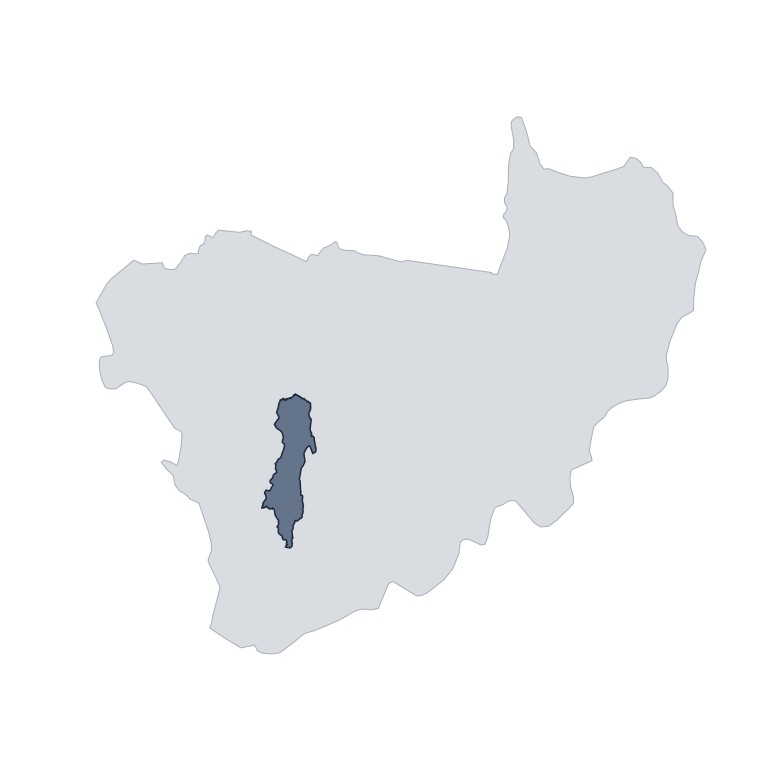 location of Namentenga, Namentenga, Burkina Faso, rotated 189°
{"feature_id": "67063806B10845212636131", "entity_name": "Namentenga", "entity_type": "district", "adm_level": 2, "iso_a3": "BFA", "parent_name": "Burkina Faso", "parent_adm1": "Namentenga", "projection": "equal_earth", "projection_center": [-0.49, 13.239], "detail": "fine", "context": "in_parent", "style": "filled", "palette": "slate", "viewbox_px": 768, "rotation_deg": 189, "n_neighbors": 0, "source": "geoboundaries", "source_scale": "gbopen_adm2", "svg_char_len": 9077}
<svg xmlns="http://www.w3.org/2000/svg" viewBox="0 0 768 768"><g transform="rotate(189 384 384)"><path d="M569.6,510.2L550.3,511.2L543.2,514.0L539.0,514.0L538.8,511.7L538.3,510.3L513.9,502.5L496.8,497.8L479.5,492.6L478.5,497.5L476.0,500.6L472.3,500.8L469.7,500.1L467.9,503.8L465.1,508.7L461.1,511.1L457.1,514.2L454.9,516.8L453.3,516.9L449.3,510.6L444.1,510.0L434.2,511.0L429.8,509.3L423.7,508.5L409.4,509.8L386.6,507.2L382.9,508.6L381.9,509.7L359.3,510.0L334.4,510.4L313.6,510.6L295.4,510.9L295.4,509.8L289.5,509.7L288.9,511.8L283.6,537.0L283.0,550.7L285.8,559.2L288.8,564.6L292.3,566.9L292.6,570.0L289.9,573.9L290.1,578.0L293.3,582.1L294.1,586.5L292.4,591.1L292.8,602.2L295.2,619.8L295.2,631.2L292.9,636.4L294.0,645.2L298.5,657.8L299.2,663.1L297.6,665.6L293.9,668.9L290.1,668.8L285.7,661.2L283.8,657.7L280.3,650.0L277.3,642.3L273.2,638.9L269.2,635.7L264.4,625.9L259.6,621.2L254.7,622.5L247.4,620.7L232.8,618.3L217.0,619.0L210.5,621.3L204.0,624.8L187.6,632.7L181.1,636.6L176.2,646.5L170.6,646.3L165.0,643.1L161.6,638.6L154.1,639.6L146.9,635.3L140.0,626.7L134.9,623.9L128.3,617.7L126.6,605.9L122.5,597.6L118.7,586.2L113.1,581.0L106.6,578.3L97.5,578.8L91.6,574.2L87.0,567.5L88.3,561.7L90.4,553.5L90.7,545.5L92.2,532.6L91.4,516.5L89.8,505.2L94.8,500.5L100.6,496.3L104.2,488.7L108.1,471.5L109.7,456.7L108.6,451.2L106.7,446.9L105.2,440.5L104.4,432.7L105.5,425.9L109.9,419.6L115.4,414.3L119.2,411.8L129.5,409.2L142.4,405.3L149.8,400.9L155.2,396.4L158.2,392.9L161.3,385.7L166.3,380.1L170.2,374.5L170.8,358.8L170.8,349.9L168.0,345.0L166.5,340.8L185.5,328.5L185.7,319.9L183.1,310.3L179.4,302.5L178.1,295.8L183.4,287.9L188.1,282.0L191.5,277.0L199.0,269.3L206.8,267.3L213.8,270.2L234.4,288.2L238.0,289.4L242.4,288.0L247.9,283.3L255.0,279.5L257.6,267.5L257.5,249.7L259.1,241.6L262.9,240.1L274.8,243.5L277.9,243.7L281.3,242.6L283.9,239.4L283.8,233.7L283.3,228.7L287.2,212.2L294.3,199.8L308.7,184.4L313.2,181.3L318.4,179.7L344.1,190.3L348.2,187.7L354.6,161.4L361.5,158.9L369.9,158.4L375.3,156.2L378.1,154.4L390.4,144.4L411.9,130.8L423.5,125.0L425.8,122.8L434.1,113.2L445.1,102.1L452.1,99.9L461.7,99.1L467.8,100.9L469.5,104.1L471.5,105.7L484.1,101.0L502.2,108.4L517.9,115.8L516.9,120.4L516.8,128.7L515.5,141.7L514.0,157.3L520.4,167.4L528.2,178.3L530.3,182.6L528.3,193.3L529.7,199.6L533.8,210.0L540.8,223.3L548.0,237.0L552.9,238.8L557.7,239.9L560.5,242.4L564.7,244.8L568.9,246.3L572.5,249.3L574.9,252.3L577.9,260.7L586.0,266.3L591.6,271.8L589.4,274.6L582.3,273.5L575.7,271.1L574.9,275.1L574.6,290.6L575.7,303.6L577.2,305.3L583.9,307.7L599.8,324.5L614.2,340.4L619.0,344.5L627.0,346.1L635.9,346.7L639.7,345.2L648.3,337.2L652.9,336.4L657.1,336.6L659.4,337.9L663.6,344.4L667.5,354.3L668.6,361.6L668.2,365.5L666.9,366.9L659.9,368.8L656.8,370.3L656.1,372.4L657.2,377.3L658.6,380.5L666.3,394.8L677.6,414.0L681.0,418.9L679.1,424.7L673.4,439.7L669.2,446.0L650.5,467.2L641.3,464.7L622.0,469.0L619.1,464.1L614.6,463.5L609.0,464.3L607.0,466.2L606.3,468.3L604.4,471.2L600.8,479.7L598.0,481.8L594.6,483.1L590.4,482.9L587.9,484.0L587.9,488.2L587.2,491.9L584.3,493.7L583.2,497.8L583.4,501.8L581.7,503.6L578.1,502.6L575.9,501.5L573.9,506.7L571.4,510.2L569.6,510.2Z" fill="#d9dde1" stroke="#a8b0b8" stroke-width="1"/><path d="M484.3,256.6L483.5,255.8L483.2,254.8L482.6,253.7L482.5,253.4L482.6,252.3L482.5,251.8L482.6,251.5L482.8,251.3L483.1,251.1L483.6,250.5L483.8,249.8L484.4,248.7L484.4,248.0L484.8,247.4L484.9,247.0L484.8,246.9L484.9,246.6L484.8,246.0L484.6,245.7L484.4,245.1L484.9,244.4L484.9,244.0L485.3,243.2L485.3,242.7L485.2,242.4L484.8,242.4L484.4,242.7L483.4,243.0L482.0,243.6L481.5,244.2L481.1,244.9L480.9,245.0L480.5,244.7L480.2,244.1L479.4,243.8L479.1,243.3L477.9,243.4L477.5,242.8L477.0,242.5L476.0,243.1L475.6,243.5L475.4,243.6L474.7,243.3L474.6,244.0L473.4,243.5L473.0,242.9L472.3,241.7L471.7,239.7L471.5,238.6L470.7,236.9L469.7,236.0L469.1,235.0L466.8,232.7L466.7,232.4L466.8,231.5L466.5,230.6L466.2,229.1L466.3,228.5L466.8,227.4L466.8,227.2L467.3,226.2L466.9,226.0L466.4,226.0L466.2,225.9L465.8,225.2L465.5,222.2L465.1,221.1L464.7,220.3L464.3,219.8L462.6,218.7L460.8,217.9L460.6,217.7L460.6,217.4L460.6,216.7L460.5,216.3L460.2,215.9L459.9,215.3L459.2,214.6L458.8,214.4L458.5,214.3L457.7,214.9L456.5,214.7L456.3,214.6L456.0,213.9L455.2,213.2L455.0,212.7L455.1,212.3L455.5,211.7L455.4,210.8L455.0,210.4L454.7,210.3L454.4,210.0L454.9,209.6L455.0,209.7L455.5,209.2L455.6,208.3L455.5,208.0L455.7,207.5L451.6,207.4L450.6,207.7L450.4,208.0L450.1,208.7L449.6,209.2L449.5,211.0L449.7,211.9L449.6,212.4L449.9,212.5L450.1,212.7L450.3,213.9L450.3,214.5L450.6,215.3L450.4,216.6L450.4,216.9L450.0,218.1L450.5,218.1L450.4,218.3L450.6,218.7L450.6,219.1L450.7,220.2L451.0,221.0L451.4,222.4L451.9,223.5L451.9,224.6L451.8,225.1L451.6,225.3L451.5,225.8L451.2,226.6L451.3,227.2L451.2,228.0L451.7,229.5L451.8,229.8L451.7,230.2L451.0,231.4L450.5,233.2L450.5,233.8L450.6,234.3L450.4,235.2L450.3,235.3L449.9,235.0L449.6,234.9L448.4,235.0L447.9,235.6L447.7,235.9L447.5,236.2L447.0,236.4L446.7,236.9L446.4,237.2L445.9,237.9L445.6,238.2L445.0,238.3L444.3,239.2L444.0,240.0L444.0,240.5L444.5,241.8L444.5,242.4L444.4,242.7L444.0,243.5L443.9,244.3L444.1,246.1L444.7,248.3L444.7,249.1L444.5,250.2L444.5,250.9L446.7,256.8L446.5,258.4L446.6,259.3L446.8,260.4L447.0,260.9L447.3,261.1L447.7,261.3L448.9,261.2L449.0,261.3L449.2,262.7L449.1,264.0L449.9,266.7L450.7,270.6L450.9,271.7L451.4,274.0L451.5,274.5L452.7,276.8L452.8,277.6L452.6,281.2L452.6,287.6L452.4,288.3L451.0,290.8L450.7,292.3L450.1,294.1L450.0,295.1L450.4,297.0L451.5,300.1L452.1,302.6L452.1,303.8L451.5,305.6L451.0,307.0L450.8,307.4L450.7,307.7L450.5,308.2L450.1,309.1L449.2,310.4L448.4,311.0L447.9,311.0L447.3,310.6L447.1,310.4L446.3,309.1L445.6,307.8L445.4,307.4L443.7,304.6L443.4,304.2L442.8,304.5L441.0,306.4L440.8,306.7L440.8,307.1L441.0,309.3L441.2,310.1L442.7,313.6L443.3,315.9L444.2,317.6L444.3,319.3L444.4,319.7L445.4,320.9L446.0,321.4L446.5,321.1L447.3,321.2L447.8,321.2L447.5,321.9L447.6,322.5L447.7,323.0L447.8,323.1L447.7,324.0L448.7,324.9L448.7,325.3L449.6,326.9L449.9,327.7L450.0,328.8L450.0,330.0L450.2,331.9L450.1,332.7L450.3,336.1L450.3,337.7L451.2,337.9L451.2,338.4L451.4,339.1L452.6,339.7L452.8,340.1L452.8,340.3L453.1,341.0L453.2,342.2L453.5,342.8L453.6,343.7L453.4,344.8L452.9,345.6L452.8,346.0L452.9,347.5L452.5,348.0L452.6,348.5L452.9,349.0L452.7,349.2L453.1,350.0L453.0,350.8L453.3,351.6L453.4,352.7L453.6,352.7L453.7,353.2L453.9,353.7L454.2,353.7L454.3,354.0L454.8,354.0L455.8,354.6L456.3,354.3L456.5,354.4L456.5,354.8L457.0,354.6L457.6,355.2L457.8,355.1L458.1,355.2L459.2,356.2L459.5,356.0L460.0,356.3L460.4,356.5L461.0,356.7L461.0,357.1L461.4,356.9L461.5,356.7L461.9,356.6L462.0,356.7L461.9,356.8L462.0,357.0L462.5,357.2L462.9,357.3L463.5,357.2L464.5,358.3L465.0,358.4L465.1,358.1L465.4,358.0L465.6,358.1L465.6,358.3L465.9,358.6L466.1,358.8L466.5,358.7L467.0,359.2L467.3,359.3L467.5,359.1L467.9,359.2L468.2,359.2L468.7,359.8L469.0,359.8L469.3,359.8L469.6,359.6L469.5,360.0L469.9,360.2L470.0,359.9L469.9,359.4L470.2,359.5L470.5,359.1L471.1,359.3L471.4,359.1L471.5,358.9L471.5,358.4L471.8,358.0L471.9,357.2L472.1,357.1L472.4,356.7L473.2,356.3L473.4,355.9L474.4,355.8L474.6,355.5L474.4,355.2L474.7,355.2L475.1,355.4L475.5,355.0L475.9,354.9L476.2,354.6L476.7,354.6L476.8,354.4L476.9,353.7L477.3,353.6L477.3,353.8L477.6,353.9L477.8,353.6L478.1,353.7L478.3,353.4L478.4,353.6L478.6,353.0L478.8,353.5L479.0,353.5L479.1,353.3L479.0,353.0L479.1,352.6L479.5,352.4L479.7,352.5L479.9,352.7L479.9,353.0L480.1,353.1L480.0,353.4L480.3,353.5L480.3,353.2L480.8,353.1L480.9,353.5L481.2,353.5L481.4,353.8L481.5,353.6L481.4,353.0L481.8,352.9L482.0,352.7L482.3,353.0L482.6,352.2L482.8,352.0L483.0,352.3L483.4,352.2L483.9,352.1L484.1,351.7L484.1,351.4L483.8,351.2L484.1,350.6L484.3,349.9L484.8,347.7L484.8,344.2L485.6,339.0L484.9,338.1L483.6,336.5L482.9,335.3L482.6,334.3L482.5,333.9L482.5,333.1L483.5,332.3L483.6,332.0L484.2,330.6L484.7,329.6L484.9,329.0L485.3,328.6L485.4,328.0L485.7,327.6L485.7,327.3L485.9,326.9L485.7,326.7L485.2,326.1L484.9,326.1L484.6,325.6L484.5,325.0L483.3,323.8L481.4,322.7L479.4,321.9L477.8,320.8L477.0,319.9L475.5,316.7L475.1,315.6L475.1,314.9L475.4,312.7L475.4,311.7L475.3,310.4L474.9,310.0L473.7,309.6L473.1,309.0L472.9,308.7L472.6,307.7L472.8,307.7L472.7,305.3L473.2,302.2L473.7,300.3L474.1,297.0L474.4,295.6L474.8,294.8L475.2,294.2L476.1,293.8L476.9,292.7L477.2,292.1L477.3,290.9L478.8,288.7L479.0,288.1L478.6,287.8L478.1,287.1L478.0,286.7L478.0,283.7L477.8,283.1L477.1,282.2L476.8,281.4L476.3,280.4L476.2,280.1L476.8,279.0L477.5,278.7L477.8,278.5L478.0,278.2L478.9,277.2L479.1,276.5L479.1,276.0L479.2,274.8L479.3,274.6L479.3,274.1L479.7,273.5L479.8,273.1L480.2,272.7L480.4,272.3L480.4,272.0L481.3,271.1L481.4,270.6L481.4,270.3L481.1,269.8L481.0,269.1L480.8,268.6L478.6,267.8L478.1,267.5L478.0,267.2L477.9,266.2L478.1,265.6L478.9,264.7L479.0,264.3L479.1,263.3L479.4,262.2L480.1,261.1L480.7,260.5L481.1,260.4L481.5,260.4L482.0,260.6L482.4,260.6L482.6,260.7L483.6,260.8L484.1,260.5L484.2,259.9L484.5,259.3L484.5,259.0L484.5,258.8L484.8,258.6L485.0,258.1L484.3,256.6Z" fill="#64748b" stroke="#1e293b" stroke-width="1.5"/></g></svg>